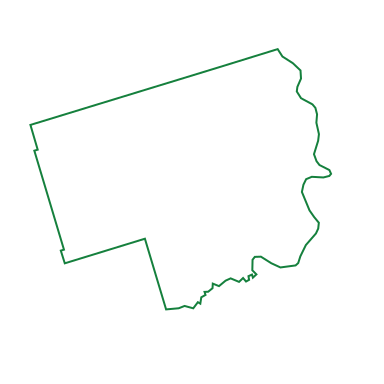 Dewey, South Dakota, United States of America, rotated 343°
{"feature_id": "52423323B50673090561410", "entity_name": "Dewey", "entity_type": "district", "adm_level": 2, "iso_a3": "USA", "parent_name": "United States of America", "parent_adm1": "South Dakota", "projection": "equal_earth", "projection_center": [-100.659, 45.099], "detail": "fine", "context": "isolated", "style": "outline", "palette": "green", "viewbox_px": 384, "rotation_deg": 343, "n_neighbors": 0, "source": "geoboundaries", "source_scale": "gbopen_adm2", "svg_char_len": 1019}
<svg xmlns="http://www.w3.org/2000/svg" viewBox="0 0 384 384"><g transform="rotate(343 192 192)"><path d="M334.6,147.6L332.8,143.4L323.7,134.2L321.6,126.5L323.5,122.3L329.4,115.4L331.3,107.5L326.1,98.3L318.1,88.9L315.7,80.4L254.0,80.6L57.1,80.6L56.8,106.4L53.3,106.4L52.7,209.7L49.4,209.7L49.5,223.0L133.3,222.9L132.9,296.7L145.3,299.3L151.6,298.8L159.2,303.6L165.4,299.1L167.3,301.2L170.1,295.4L174.8,294.4L174.8,291.2L178.3,292.1L183.5,290.0L185.1,285.7L190.3,289.9L198.2,286.6L203.7,285.9L210.7,291.7L215.7,289.2L217.5,293.4L220.9,292.7L221.4,289.0L225.2,288.5L225.2,291.7L229.5,289.6L226.8,284.5L230.1,274.5L233.1,272.4L239.0,274.0L247.0,283.3L254.5,290.0L269.6,292.5L272.8,291.0L276.8,285.2L285.4,276.0L298.4,267.9L302.0,263.9L304.3,258.5L301.5,251.7L299.0,244.0L297.1,224.1L300.7,217.6L304.9,213.1L311.0,212.5L321.9,216.5L328.0,216.8L330.3,215.3L329.8,211.2L321.8,203.5L320.1,199.0L319.7,191.5L327.6,179.9L330.3,173.8L331.2,162.1L334.3,154.3L334.6,147.6Z" fill="none" stroke="#15803d" stroke-width="2"/></g></svg>